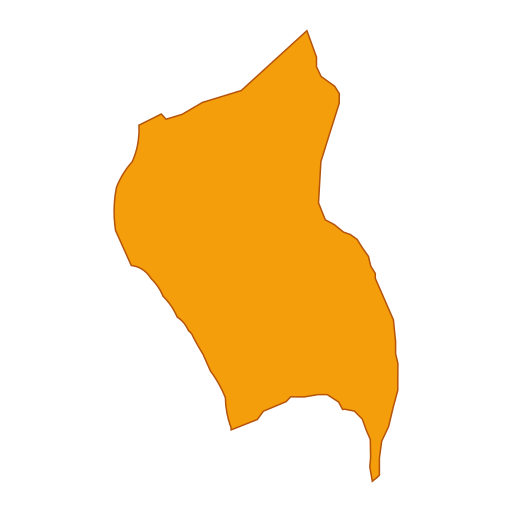 Mit Ghamr, Ad Daqahliyah, Egypt
{"feature_id": "37247803B10909701940084", "entity_name": "Mit Ghamr", "entity_type": "district", "adm_level": 2, "iso_a3": "EGY", "parent_name": "Egypt", "parent_adm1": "Ad Daqahliyah", "projection": "natural_earth1", "projection_center": [31.269, 30.712], "detail": "fine", "context": "isolated", "style": "filled", "palette": "amber", "viewbox_px": 512, "rotation_deg": 0, "n_neighbors": 0, "source": "geoboundaries", "source_scale": "gbopen_adm2", "svg_char_len": 3399}
<svg xmlns="http://www.w3.org/2000/svg" viewBox="0 0 512 512"><path d="M231.1,429.9L257.3,419.5L263.4,411.2L286.2,401.6L290.7,396.8L297.6,396.9L304.4,396.9L318.1,394.6L327.2,394.6L338.6,402.0L342.6,409.5L344.7,409.2L354.4,411.1L362.3,419.1L366.3,430.3L370.3,439.4L370.6,457.7L369.8,466.9L372.3,481.3L377.1,477.5L379.4,475.1L379.4,472.7L379.4,470.2L379.4,465.4L379.4,463.0L379.4,458.1L381.7,441.1L388.6,426.6L393.2,407.2L395.0,400.6L397.8,390.2L397.8,385.4L397.8,378.1L397.9,363.5L395.6,353.8L395.6,341.7L393.4,319.8L375.3,278.4L375.3,273.5L370.8,266.2L369.5,261.0L368.5,256.5L361.7,246.8L357.1,239.4L350.3,234.5L343.5,232.1L334.4,224.7L325.3,219.8L322.1,211.9L321.2,209.6L318.5,202.8L319.9,178.6L320.9,161.5L324.8,149.1L328.4,137.5L333.9,120.1L339.2,103.4L339.3,93.6L334.7,86.3L327.9,81.4L321.1,76.5L316.5,66.8L316.5,57.1L306.9,30.7L241.3,90.5L220.5,96.9L202.5,102.4L182.0,114.4L166.0,119.2L161.3,114.0L138.9,125.2L138.9,125.9L139.0,126.7L139.0,128.7L139.0,130.7L139.0,132.6L138.9,134.6L138.7,136.5L138.5,138.5L138.3,140.4L138.0,142.3L137.7,144.3L137.3,146.2L136.9,148.1L136.4,150.0L135.9,151.8L135.3,153.7L134.7,155.5L134.0,157.4L133.3,159.2L132.5,161.0L132.4,161.4L132.2,161.8L131.3,162.8L130.0,164.3L128.7,165.9L127.5,167.5L126.3,169.1L125.2,170.8L124.0,172.5L123.0,174.2L121.9,176.0L121.0,177.7L120.0,179.5L119.1,181.4L118.2,183.2L117.4,185.1L116.7,187.0L116.4,187.6L116.0,190.0L115.6,192.5L115.2,194.9L114.9,197.4L114.7,199.8L114.5,202.3L114.3,204.8L114.2,207.3L114.1,209.7L114.1,212.2L114.2,214.7L114.2,217.2L114.4,219.7L114.6,222.1L114.8,224.6L115.1,227.1L115.4,229.5L115.5,230.0L115.5,230.4L131.3,265.5L131.7,265.6L132.0,265.6L133.1,265.8L134.2,266.0L134.8,266.2L135.3,266.3L136.4,266.6L137.0,266.8L137.5,267.0L138.6,267.4L139.1,267.7L139.6,267.9L140.6,268.4L141.1,268.7L141.6,269.0L142.6,269.6L143.0,269.9L143.5,270.2L144.4,270.9L144.9,271.3L145.3,271.7L146.2,272.4L146.6,272.8L147.0,273.3L147.8,274.1L148.2,274.5L148.5,275.0L149.3,275.9L149.6,276.4L149.9,276.9L150.6,277.8L150.7,278.0L150.9,278.4L151.0,278.4L152.0,279.5L152.6,280.1L153.2,280.7L154.2,281.9L154.7,282.5L155.3,283.1L156.2,284.3L156.7,285.0L157.2,285.6L158.1,286.9L158.5,287.6L159.0,288.3L159.8,289.6L160.2,290.3L160.6,291.0L161.3,292.5L161.7,293.2L162.0,293.9L162.1,294.0L162.7,295.4L163.1,296.4L163.7,296.9L164.9,298.2L166.1,299.4L167.2,300.8L168.3,302.1L169.4,303.5L170.5,305.0L171.5,306.4L172.4,307.9L173.3,309.4L174.2,311.0L175.1,312.5L175.8,314.1L176.6,315.7L177.2,317.0L177.6,317.3L177.9,317.5L178.5,318.0L179.5,318.7L179.9,319.1L180.4,319.4L181.3,320.3L181.7,320.7L182.2,321.1L183.0,322.0L183.4,322.4L183.8,322.9L184.5,323.8L184.9,324.3L185.2,324.8L185.9,325.8L186.2,326.3L186.6,326.9L187.1,327.9L187.4,328.5L187.7,329.0L188.2,330.1L188.5,330.7L189.1,331.2L189.6,331.7L189.7,331.8L190.0,332.0L190.3,332.3L190.9,332.9L191.4,333.6L191.9,334.3L192.4,335.2L193.8,338.1L195.3,340.9L196.9,343.8L198.5,346.6L200.1,349.4L201.7,352.1L201.8,352.2L203.1,354.4L210.4,370.9L211.6,372.6L213.0,374.5L214.3,376.5L215.6,378.5L216.8,380.5L218.1,382.6L219.2,384.6L220.3,386.7L221.4,388.9L222.5,391.0L223.5,393.2L224.4,395.4L225.3,397.6L225.4,397.9L225.5,399.7L225.6,401.8L225.7,403.9L225.9,406.0L226.2,408.0L226.5,410.1L226.8,412.2L227.2,414.2L227.7,416.3L228.1,418.3L228.7,420.3L229.3,422.3L229.9,424.3L230.6,426.3L231.1,427.9L231.1,428.2L231.1,428.4L231.1,429.7L231.1,429.9Z" fill="#f59e0b" stroke="#b45309" stroke-width="1.5"/></svg>